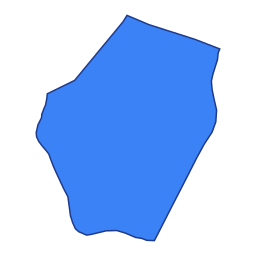 Docamel/La Resource, Vieux Fort, Saint Lucia
{"feature_id": "8701671B98536206371918", "entity_name": "Docamel/La Resource", "entity_type": "district", "adm_level": 2, "iso_a3": "LCA", "parent_name": "Saint Lucia", "parent_adm1": "Vieux Fort", "projection": "robinson", "projection_center": [-60.956, 13.742], "detail": "fine", "context": "isolated", "style": "filled", "palette": "blue", "viewbox_px": 256, "rotation_deg": 0, "n_neighbors": 0, "source": "geoboundaries", "source_scale": "gbopen_adm2", "svg_char_len": 965}
<svg xmlns="http://www.w3.org/2000/svg" viewBox="0 0 256 256"><path d="M53.5,166.6L54.9,169.7L57.3,175.0L63.6,188.5L67.9,196.7L70.5,216.0L71.8,219.9L72.5,222.3L75.4,228.8L78.9,231.8L82.7,233.4L86.6,235.1L91.2,234.4L99.6,232.4L106.2,230.8L110.9,230.7L116.5,230.5L117.7,230.8L125.4,233.1L135.5,237.4L141.8,238.4L146.7,240.3L153.2,240.6L154.4,240.6L157.7,234.2L173.0,204.2L174.2,201.9L188.4,174.3L190.3,170.5L196.8,157.7L198.9,153.9L204.1,144.3L208.7,137.3L212.2,131.9L215.8,121.8L216.6,110.2L214.0,98.8L213.8,97.8L212.2,90.0L211.9,87.5L211.4,81.2L211.9,78.7L213.0,73.9L216.2,63.7L217.4,60.0L218.2,52.7L219.4,49.9L219.8,49.0L194.8,39.3L191.0,38.1L187.6,37.0L167.2,30.5L148.8,24.6L127.0,15.4L123.1,21.7L74.6,80.4L47.3,93.8L47.0,97.1L46.3,101.2L45.6,104.9L43.9,108.7L43.2,110.6L42.4,112.9L41.9,113.8L41.5,117.8L38.0,124.7L36.2,132.6L36.6,136.8L38.8,141.5L42.3,146.1L45.9,150.3L48.8,154.0L50.2,158.0L53.5,166.6Z" fill="#3b82f6" stroke="#1e3a8a" stroke-width="1.5"/></svg>